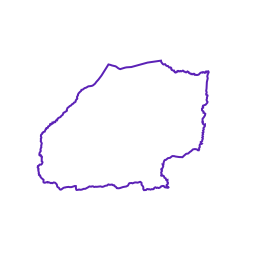 Namuno, Cabo Delgado, Mozambique, rotated 29°
{"feature_id": "85939544B68242516881190", "entity_name": "Namuno", "entity_type": "district", "adm_level": 2, "iso_a3": "MOZ", "parent_name": "Mozambique", "parent_adm1": "Cabo Delgado", "projection": "equal_earth", "projection_center": [38.965, -13.738], "detail": "fine", "context": "isolated", "style": "outline", "palette": "violet", "viewbox_px": 256, "rotation_deg": 29, "n_neighbors": 0, "source": "geoboundaries", "source_scale": "gbopen_adm2", "svg_char_len": 5823}
<svg xmlns="http://www.w3.org/2000/svg" viewBox="0 0 256 256"><g transform="rotate(29 128 128)"><path d="M74.8,213.0L76.7,213.8L79.2,214.2L80.2,216.2L80.6,216.5L81.2,216.4L81.8,216.2L83.8,214.2L84.3,214.1L84.5,214.4L85.4,213.8L87.3,213.6L87.9,213.0L88.6,212.9L89.5,211.6L90.9,211.2L93.1,211.9L94.4,213.4L95.1,213.8L96.5,213.8L98.1,214.7L99.1,214.5L99.5,214.0L100.6,211.6L101.5,210.7L101.9,210.5L102.4,209.9L104.6,208.3L105.7,208.0L107.2,207.1L109.7,204.4L110.6,204.1L111.5,205.7L112.6,207.0L113.1,207.1L114.4,206.2L115.0,205.5L116.0,205.3L117.2,204.5L118.0,203.7L118.5,202.9L120.2,201.8L121.2,200.2L121.5,199.8L122.6,197.8L124.2,197.2L124.8,196.5L125.7,196.0L126.8,196.0L127.4,195.7L128.2,195.0L129.2,194.6L132.2,192.4L133.7,192.1L134.1,191.9L135.0,191.1L136.0,189.7L137.7,188.3L138.0,187.2L138.3,186.8L139.7,186.5L141.4,185.2L142.2,185.4L143.0,185.0L143.8,184.8L144.5,185.4L145.3,185.3L146.1,185.4L147.3,186.0L147.7,185.7L148.2,185.7L149.3,185.1L150.1,184.4L152.3,182.0L154.9,179.9L155.9,178.3L155.8,176.1L156.1,175.5L157.9,174.3L158.8,174.2L160.2,172.5L161.2,171.8L163.0,171.1L164.7,169.2L165.1,169.1L166.5,169.5L167.3,171.0L169.6,171.9L170.5,172.9L170.8,173.8L171.6,174.4L172.1,174.6L173.8,173.5L174.1,172.5L174.5,172.0L175.7,171.7L176.0,171.3L177.5,171.0L178.6,169.8L179.4,169.6L180.0,169.0L180.0,168.0L180.3,167.1L180.9,166.5L182.0,166.6L182.8,165.8L183.7,165.7L184.1,165.5L185.1,164.1L185.3,162.9L186.5,161.8L187.4,161.4L188.7,162.0L190.5,161.5L191.3,160.5L191.9,160.9L192.1,160.7L192.2,160.3L191.7,160.0L190.8,160.0L190.5,160.2L190.1,160.1L189.6,159.7L189.4,158.8L189.9,157.8L189.7,156.8L189.5,156.5L188.5,156.1L187.9,154.5L187.7,154.2L186.9,155.0L186.7,155.0L185.4,153.8L183.9,153.8L183.0,152.9L182.4,152.7L181.8,152.7L180.3,153.6L180.0,153.5L179.9,153.1L180.0,152.4L179.9,152.0L179.4,151.8L178.6,150.9L178.5,150.3L178.6,149.5L178.5,149.0L177.4,148.4L177.1,148.0L177.1,147.6L177.7,147.2L177.5,146.2L177.5,145.1L177.3,144.2L176.4,143.6L176.2,143.2L175.9,143.0L176.6,142.5L176.0,141.2L175.6,139.2L175.6,138.7L175.9,137.9L176.4,137.7L176.7,137.3L177.5,135.1L179.3,133.6L180.0,131.7L180.6,130.9L182.1,130.2L183.4,129.9L186.8,128.6L189.8,127.1L190.3,125.4L191.3,122.6L191.7,122.1L192.7,121.4L193.1,120.9L193.7,119.0L194.4,117.7L195.2,115.2L196.7,114.0L197.7,113.6L198.8,113.3L199.8,113.6L200.7,113.2L200.7,112.4L199.9,111.1L200.0,109.8L199.2,108.7L198.9,107.8L199.0,107.1L199.2,106.5L200.0,106.3L200.2,105.9L199.1,105.7L198.4,105.1L198.5,104.8L199.0,104.3L199.2,103.4L198.7,102.4L198.7,101.2L198.3,100.6L197.6,100.4L197.7,99.1L197.0,98.7L196.6,98.2L196.7,97.0L196.2,96.7L195.6,96.0L196.0,95.6L196.0,94.9L194.8,93.8L195.0,92.9L194.9,92.3L194.1,91.7L194.0,91.1L194.4,89.4L193.9,88.1L193.6,87.6L193.1,88.3L192.7,88.3L192.4,88.0L191.4,88.0L190.8,87.2L190.8,86.5L190.6,86.3L190.0,86.5L189.6,85.2L188.8,84.0L188.8,83.4L189.1,82.0L189.2,79.6L188.7,78.1L187.6,77.9L186.6,78.1L186.1,77.0L184.3,76.7L183.4,75.4L183.3,75.0L183.9,73.8L183.6,73.3L183.0,73.0L182.8,72.1L184.6,70.0L185.1,67.5L185.0,66.9L184.9,66.6L183.7,66.0L183.0,65.2L182.8,64.0L182.2,63.0L182.0,61.5L181.8,61.0L181.5,60.8L180.4,61.0L180.1,60.7L179.8,60.3L179.8,59.5L179.6,58.8L179.0,58.1L178.4,57.7L177.6,55.5L174.7,49.6L173.6,45.8L172.3,44.4L171.8,42.6L171.6,40.6L171.5,40.0L170.7,39.5L170.0,40.1L169.6,40.8L168.9,40.7L168.7,41.5L168.9,42.0L168.3,42.1L168.0,42.6L167.5,42.4L167.2,42.6L166.5,42.7L166.2,43.5L165.7,43.5L165.0,44.1L164.4,45.2L164.0,46.9L163.2,47.8L162.3,48.4L161.5,48.6L160.9,49.1L159.8,48.5L159.3,48.6L158.8,49.6L157.9,49.6L157.4,50.2L157.2,50.3L156.4,49.9L155.4,50.4L154.7,50.3L154.0,49.7L152.9,49.7L152.6,49.7L152.4,50.1L152.3,50.8L152.1,51.0L151.1,51.4L150.2,51.2L149.7,51.5L148.7,51.2L148.2,51.2L147.3,52.5L146.3,52.7L146.1,53.2L145.4,53.4L145.2,53.8L144.5,53.6L143.8,54.0L143.5,54.5L143.6,55.5L142.6,56.5L142.3,56.5L142.3,56.3L142.0,56.1L140.9,56.1L140.4,55.5L139.9,55.8L138.1,56.0L137.7,55.6L137.1,55.4L136.9,54.7L136.3,54.4L135.8,54.4L134.7,55.1L132.8,54.4L132.2,54.8L131.2,54.9L129.5,54.2L128.3,55.2L127.5,55.2L125.3,54.3L124.2,53.1L113.4,61.3L101.3,73.1L97.4,75.6L96.1,76.7L92.6,80.3L90.8,80.5L88.1,80.1L87.1,80.1L83.5,81.1L82.1,81.3L80.1,81.9L79.4,94.9L78.7,99.8L77.9,103.3L77.7,105.1L76.8,107.5L76.2,108.4L75.2,109.3L73.1,110.8L71.9,112.9L70.7,114.2L69.8,116.3L69.4,116.8L68.8,117.2L69.0,118.3L68.3,120.2L68.3,120.7L68.0,121.4L68.0,122.6L68.0,123.0L68.4,123.5L68.3,125.4L68.5,125.8L69.4,126.9L69.4,127.3L69.1,127.8L69.1,128.4L68.9,129.1L69.4,130.4L69.0,131.4L68.5,131.9L68.3,133.3L67.6,134.2L67.2,136.0L66.4,137.1L65.9,138.7L65.4,139.6L65.4,140.1L65.6,141.6L66.1,142.3L66.1,143.0L65.4,143.9L65.0,145.0L64.4,145.7L64.2,146.1L64.5,148.2L63.8,149.7L63.6,151.2L62.2,153.0L62.1,154.1L61.8,154.7L61.9,155.0L62.2,155.2L62.2,155.7L61.6,155.8L61.3,156.5L61.5,158.1L61.3,158.4L60.4,158.5L60.3,159.5L60.1,159.9L59.4,159.9L59.5,160.2L59.8,160.6L59.8,160.9L59.4,161.3L59.0,161.1L58.8,161.4L59.0,161.9L58.9,162.5L58.7,162.7L58.4,162.2L58.2,162.1L58.0,162.3L58.0,162.5L58.5,163.0L58.3,163.4L58.3,164.2L57.4,165.4L57.8,166.6L57.4,167.1L56.7,167.5L56.7,167.9L57.0,168.2L57.0,168.6L56.6,168.9L56.9,171.6L55.9,172.5L55.9,173.4L55.5,173.8L55.7,174.9L55.3,175.9L55.4,176.6L55.9,177.6L56.7,178.1L57.0,178.6L56.9,179.4L57.0,179.8L57.8,180.8L58.0,181.8L59.9,183.1L60.2,183.6L60.2,184.2L60.6,185.0L60.6,185.5L61.6,187.0L61.5,187.7L61.9,189.2L62.0,189.5L62.5,189.8L62.6,190.4L62.9,190.7L62.7,192.3L63.1,193.8L63.7,194.7L64.0,194.8L64.3,194.7L64.5,194.1L65.0,194.0L65.5,194.3L65.7,194.9L65.9,195.1L66.2,195.1L66.3,194.8L66.8,195.0L67.4,196.7L68.3,198.2L68.5,198.8L69.5,199.1L69.9,199.5L70.1,201.1L69.8,202.1L68.5,202.8L68.1,204.3L68.2,204.9L67.7,205.1L68.2,206.4L69.5,207.0L69.7,208.0L70.1,208.1L70.3,208.8L71.8,210.4L71.9,211.0L72.5,211.4L72.8,212.2L73.3,212.3L73.7,212.0L74.1,212.1L74.7,212.6L74.8,213.0Z" fill="none" stroke="#5b21b6" stroke-width="2"/></g></svg>